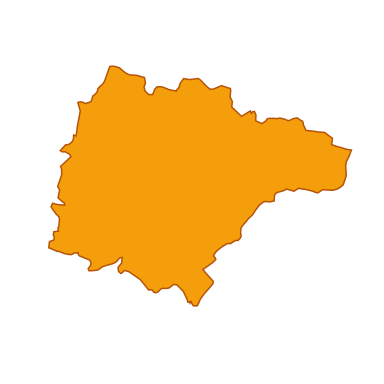 Dyarb Nigm, Ash Sharqiyah, Egypt, rotated 21°
{"feature_id": "37247803B60189516177334", "entity_name": "Dyarb Nigm", "entity_type": "district", "adm_level": 2, "iso_a3": "EGY", "parent_name": "Egypt", "parent_adm1": "Ash Sharqiyah", "projection": "orthographic", "projection_center": [31.456, 30.753], "detail": "fine", "context": "isolated", "style": "filled", "palette": "amber", "viewbox_px": 384, "rotation_deg": 21, "n_neighbors": 0, "source": "geoboundaries", "source_scale": "gbopen_adm2", "svg_char_len": 4304}
<svg xmlns="http://www.w3.org/2000/svg" viewBox="0 0 384 384"><g transform="rotate(21 192 192)"><path d="M325.8,99.0L325.8,95.7L323.8,96.2L321.7,96.6L319.8,96.8L313.1,97.3L312.5,97.4L311.2,97.5L309.5,97.7L309.1,97.7L308.4,97.7L305.4,97.7L303.9,91.6L294.5,88.9L287.6,90.9L285.2,91.3L284.1,91.6L280.9,92.4L277.8,93.3L276.4,93.7L274.9,92.2L272.5,89.9L272.0,89.4L270.1,86.4L268.0,86.1L267.2,86.0L263.7,85.1L261.8,86.2L260.8,86.8L258.9,88.5L258.0,89.7L257.6,90.2L255.7,91.0L254.3,90.9L253.0,90.8L252.1,90.9L250.1,91.1L247.5,91.5L245.6,92.7L245.0,93.1L244.6,93.2L243.4,93.5L240.9,94.3L240.4,94.6L238.5,95.2L237.4,95.8L236.0,96.7L235.8,97.6L235.4,99.2L233.7,101.8L232.8,103.1L226.0,102.7L224.0,97.0L221.9,94.9L221.4,94.4L219.7,95.5L219.2,97.2L218.4,96.4L217.4,95.4L211.1,103.6L198.6,98.4L197.3,93.1L196.5,92.4L196.0,92.0L193.5,89.6L191.7,83.2L190.7,81.6L189.0,81.8L184.6,82.0L181.5,82.1L179.6,83.9L176.5,86.9L174.8,88.4L174.3,88.6L171.9,89.6L167.3,88.0L160.0,84.5L158.7,84.2L157.2,83.8L149.0,88.1L146.4,88.5L143.6,89.0L142.0,94.8L142.3,99.5L141.2,101.9L141.1,102.6L141.2,103.4L133.7,104.7L131.7,104.6L127.1,104.5L124.6,105.1L124.1,105.3L121.5,106.5L120.4,109.6L120.4,111.6L120.4,113.3L120.3,115.2L119.4,115.5L116.9,116.5L114.8,115.7L112.7,114.9L112.3,114.7L109.6,111.3L109.6,109.0L109.6,107.2L108.2,104.8L106.6,102.2L100.1,102.8L98.5,102.9L91.8,105.0L91.1,105.0L88.2,104.7L87.2,104.6L84.1,103.6L81.9,102.8L81.0,102.5L79.5,102.0L76.9,102.3L74.1,102.5L73.3,102.8L72.0,103.2L70.2,104.5L70.3,105.6L70.4,110.2L70.5,112.8L70.5,113.9L70.6,117.5L70.6,120.1L70.6,120.6L70.0,122.7L69.5,124.2L68.9,125.2L68.4,125.9L68.2,126.4L67.2,129.0L67.2,129.4L67.5,131.5L67.5,132.0L67.4,133.0L66.8,134.6L66.3,136.1L65.9,136.7L65.0,137.8L65.1,138.8L65.3,141.4L65.4,143.4L65.4,143.5L64.2,144.8L63.1,145.8L60.9,147.6L58.8,147.4L57.2,147.5L55.8,147.7L54.8,148.2L53.4,149.4L58.6,156.3L58.7,156.7L59.9,163.1L60.3,165.4L61.6,172.5L63.0,178.0L63.7,181.2L62.0,181.2L61.1,181.2L62.4,185.5L62.0,188.2L61.8,188.6L60.6,190.7L60.0,191.7L57.1,193.3L54.2,200.6L56.4,201.0L59.4,199.9L64.0,200.6L66.3,202.4L66.1,202.9L60.4,214.6L60.1,215.2L61.9,217.1L64.2,222.6L64.6,235.0L67.7,237.6L68.4,241.7L69.0,245.4L74.3,247.5L76.3,247.7L78.0,249.6L77.1,250.0L74.2,251.1L73.7,251.2L69.8,252.1L69.0,252.2L66.0,252.3L65.7,256.3L68.1,258.1L72.8,261.1L76.9,263.0L78.2,265.4L79.9,271.4L79.8,273.9L81.3,276.5L77.2,278.6L77.8,281.4L79.8,284.0L80.2,286.3L77.4,288.8L76.7,289.3L78.1,294.8L78.3,295.4L87.9,295.7L89.1,295.1L91.4,295.2L95.5,295.2L100.2,294.2L102.0,293.6L103.8,291.3L106.4,290.0L107.3,289.6L107.3,290.2L109.6,292.0L115.5,292.1L120.7,292.2L122.4,293.5L123.6,295.3L123.5,297.6L122.5,300.7L124.0,302.4L125.8,301.8L128.1,300.7L129.8,299.8L132.3,298.4L134.1,295.5L135.9,293.2L138.9,290.9L144.2,286.9L146.6,284.0L147.2,281.6L148.4,279.3L149.2,278.7L150.2,278.1L151.1,281.2L151.8,283.5L151.0,285.8L150.0,288.8L151.7,292.3L154.6,293.6L155.8,292.4L157.0,289.5L159.5,289.2L161.7,289.0L175.0,292.3L181.4,295.9L186.6,299.0L189.0,297.9L190.1,297.9L191.3,298.5L191.9,299.1L194.2,299.2L194.7,298.7L196.0,297.5L196.6,296.3L197.8,293.4L199.0,292.6L199.6,292.2L203.1,291.1L204.3,290.0L204.9,290.0L208.1,284.7L211.4,284.2L219.5,287.9L225.3,293.4L227.7,296.4L229.3,295.2L229.9,296.4L230.5,294.7L232.2,296.5L233.9,297.7L237.5,296.6L237.6,296.1L238.1,293.1L238.2,288.9L240.1,281.9L241.3,279.0L242.6,275.4L244.4,270.2L244.0,268.4L243.9,267.8L242.1,266.9L234.0,262.8L230.0,260.4L236.6,250.5L238.4,246.4L237.3,245.2L235.0,244.0L235.0,242.2L235.6,240.3L236.3,238.1L239.3,232.8L241.1,230.5L243.5,227.6L245.8,226.5L246.4,226.5L247.6,224.7L250.0,221.8L250.6,221.3L252.4,220.7L253.6,217.8L253.6,216.3L253.6,215.4L251.9,212.4L250.8,208.9L250.9,206.5L252.7,201.2L253.4,199.5L254.0,197.1L255.2,194.8L257.0,190.7L257.7,186.6L259.6,180.1L260.7,178.3L262.0,176.0L263.2,174.9L264.9,174.3L268.5,173.2L270.3,172.0L272.0,170.9L270.4,166.2L270.4,163.8L270.9,162.9L272.2,161.5L274.6,159.8L277.5,157.5L278.7,155.7L281.1,155.2L286.9,154.7L287.8,153.6L290.5,150.1L292.3,150.1L296.4,149.0L299.9,148.5L304.6,148.0L305.4,148.0L307.5,148.1L309.9,147.6L312.8,143.5L314.6,142.3L315.2,142.4L320.5,140.7L323.4,139.6L326.4,137.3L328.2,135.1L328.8,134.4L330.6,130.9L330.2,122.0L329.1,119.0L327.4,115.5L326.3,113.1L325.2,108.3L325.8,103.0L325.8,99.0Z" fill="#f59e0b" stroke="#b45309" stroke-width="1.5"/></g></svg>